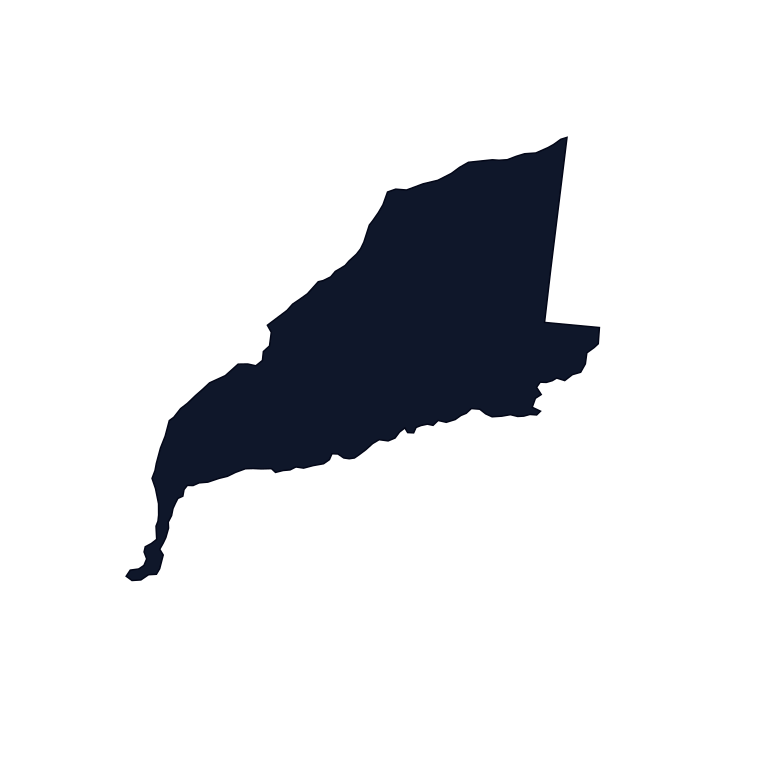 Itambé, Pernambuco, Brazil (Mercator projection), rotated 306°
{"feature_id": "56859067B35011638421862", "entity_name": "Itambé", "entity_type": "district", "adm_level": 2, "iso_a3": "BRA", "parent_name": "Brazil", "parent_adm1": "Pernambuco", "projection": "mercator", "projection_center": [-35.181, -7.461], "detail": "fine", "context": "isolated", "style": "filled", "palette": "ink", "viewbox_px": 768, "rotation_deg": 306, "n_neighbors": 0, "source": "geoboundaries", "source_scale": "gbopen_adm2", "svg_char_len": 2118}
<svg xmlns="http://www.w3.org/2000/svg" viewBox="0 0 768 768"><g transform="rotate(306 384 384)"><path d="M82.6,302.5L91.3,305.6L96.3,311.7L102.7,311.1L115.9,305.9L118.5,299.7L125.5,298.9L131.5,297.8L140.8,294.4L145.5,290.6L152.7,289.5L159.2,286.5L165.1,285.3L170.3,284.5L175.0,287.2L181.0,284.3L186.4,284.5L189.6,289.2L195.3,292.5L201.1,299.2L206.6,303.1L210.8,306.1L217.3,311.6L225.2,315.8L234.0,321.7L238.7,327.8L243.4,334.9L249.4,342.7L248.7,348.2L254.7,353.2L259.3,358.5L265.1,361.5L268.7,368.4L276.3,374.6L284.0,382.0L290.7,384.3L297.0,382.9L300.3,387.9L300.5,394.9L303.1,399.8L306.8,403.6L312.6,405.6L320.1,407.9L329.1,409.8L336.1,412.8L340.4,420.8L346.8,424.7L354.2,424.8L360.7,426.7L358.6,431.7L361.9,436.7L367.7,435.5L372.1,438.3L377.0,442.7L379.4,448.0L386.3,449.2L389.6,456.9L397.1,462.5L403.7,464.7L408.6,467.7L415.5,469.1L419.9,476.3L419.6,483.8L421.0,490.7L427.2,498.2L433.5,504.3L436.3,511.2L440.2,516.0L445.1,519.9L448.7,525.7L454.0,526.6L452.3,517.6L461.4,514.9L467.9,517.4L471.0,509.4L477.3,509.3L480.7,514.4L485.6,518.2L490.3,520.2L493.0,528.2L502.3,530.9L509.1,536.2L518.6,535.1L528.4,529.8L537.0,532.6L542.5,533.7L546.8,531.0L556.3,525.1L528.2,477.7L574.6,451.6L691.1,387.1L685.9,383.2L677.4,380.4L671.6,377.7L660.1,371.0L652.9,362.4L646.0,357.2L637.9,351.9L632.6,345.5L629.1,339.9L613.0,322.0L603.7,317.8L593.9,314.7L580.4,307.8L569.1,298.1L554.2,288.2L548.5,278.9L541.4,274.0L528.4,277.8L519.3,278.7L509.5,278.9L504.0,278.7L486.9,284.3L479.6,285.6L472.8,285.4L463.0,283.4L457.0,282.9L451.0,280.4L446.5,278.4L439.3,277.9L431.9,274.0L428.1,270.7L411.9,269.0L402.6,265.9L394.9,263.1L386.6,262.3L363.0,255.1L359.6,262.4L347.5,269.0L339.4,267.3L331.6,271.8L323.4,269.6L320.1,262.0L314.3,254.3L297.5,250.7L282.4,242.2L273.1,240.4L263.8,238.3L252.7,236.3L244.5,233.9L233.5,233.5L228.2,231.8L213.2,237.6L200.8,240.8L185.9,246.5L179.4,249.6L171.3,251.8L165.1,260.6L154.6,272.0L145.5,278.7L140.1,281.8L135.0,283.1L124.7,291.4L118.1,289.5L112.0,286.5L107.1,288.6L103.0,294.8L96.1,296.4L90.1,294.2L84.3,288.1L76.9,288.4L76.9,295.6L82.6,302.5Z" fill="#0f172a" stroke="#020617" stroke-width="1.5"/></g></svg>